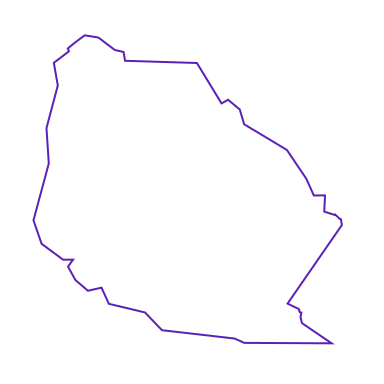 Caldwell, North Carolina, United States of America, rotated 186°
{"feature_id": "52423323B63018807912829", "entity_name": "Caldwell", "entity_type": "district", "adm_level": 2, "iso_a3": "USA", "parent_name": "United States of America", "parent_adm1": "North Carolina", "projection": "mercator", "projection_center": [-81.598, 35.94], "detail": "fine", "context": "isolated", "style": "outline", "palette": "violet", "viewbox_px": 384, "rotation_deg": 186, "n_neighbors": 0, "source": "geoboundaries", "source_scale": "gbopen_adm2", "svg_char_len": 934}
<svg xmlns="http://www.w3.org/2000/svg" viewBox="0 0 384 384"><g transform="rotate(186 192 192)"><path d="M342.9,306.0L336.6,283.9L343.4,240.4L337.4,205.4L346.7,147.3L336.2,124.8L313.2,111.2L303.2,112.3L307.5,104.9L299.0,92.5L298.8,92.5L298.4,92.1L297.6,91.5L297.2,91.2L296.9,91.0L285.2,82.9L272.0,87.4L263.0,72.1L226.2,67.3L207.4,51.4L135.0,50.7L134.2,50.7L124.3,47.4L37.3,56.1L69.0,73.1L71.0,79.1L71.0,79.3L70.7,83.1L70.7,83.4L71.1,83.3L72.1,83.8L72.8,84.4L72.8,85.2L73.1,85.6L73.0,85.9L73.4,86.6L73.6,86.8L85.3,91.0L39.5,174.8L41.0,180.3L41.4,180.6L42.2,180.8L42.9,181.0L43.1,181.4L43.7,181.8L47.1,184.4L47.2,184.1L47.6,184.1L48.1,184.1L48.6,184.3L58.4,186.3L59.4,202.5L70.5,201.3L79.6,217.0L102.0,243.7L147.2,264.8L153.1,279.0L165.7,287.5L171.9,283.2L200.6,320.8L272.3,315.5L274.7,324.1L283.7,325.2L301.2,335.8L315.1,336.6L323.9,328.5L330.5,321.8L329.1,319.1L342.9,306.0Z" fill="none" stroke="#5b21b6" stroke-width="2"/></g></svg>